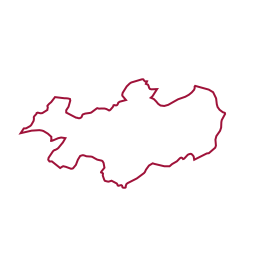 outline of Overijssel, rotated 324°
{"feature_id": "NLD-899", "entity_name": "Overijssel", "entity_type": "Province", "adm_level": 1, "iso_a3": "NLD", "parent_name": "Netherlands", "parent_adm1": "", "projection": "natural_earth1", "projection_center": [6.317, 52.481], "detail": "fine", "context": "isolated", "style": "outline", "palette": "rose", "viewbox_px": 256, "rotation_deg": 324, "n_neighbors": 0, "source": "natural_earth", "source_scale": "10m", "svg_char_len": 2870}
<svg xmlns="http://www.w3.org/2000/svg" viewBox="0 0 256 256"><g transform="rotate(324 128 128)"><path d="M170.9,101.4L168.4,102.8L169.6,104.7L169.3,106.3L168.7,107.8L168.7,109.3L169.7,110.5L174.4,113.6L166.5,116.7L164.2,116.9L165.9,119.7L166.4,123.0L166.6,126.2L167.5,128.9L170.3,131.5L174.1,132.9L185.4,134.2L192.7,136.4L196.8,136.9L200.5,136.7L204.0,135.9L205.4,134.9L206.2,133.7L207.1,133.4L215.9,144.4L217.9,149.1L216.7,155.8L213.8,161.0L212.8,163.7L212.8,167.1L214.0,171.0L214.9,172.2L215.2,172.7L214.8,173.7L208.5,176.7L207.0,178.1L203.6,182.4L200.8,184.4L194.7,186.5L191.9,188.8L188.8,193.9L187.0,195.2L178.6,195.9L176.8,194.9L162.9,192.6L164.3,189.8L164.4,188.8L164.2,187.0L164.0,186.3L163.6,185.8L163.1,185.5L161.7,185.0L160.6,184.8L155.5,185.8L154.9,185.7L154.3,185.5L154.3,184.9L154.2,184.1L153.7,183.3L152.9,183.0L152.0,183.0L148.0,183.7L142.5,183.1L139.1,183.4L134.9,180.3L128.2,172.5L128.0,172.2L127.2,171.1L122.9,170.7L118.0,172.3L115.9,173.5L114.5,173.9L105.5,174.0L95.5,172.4L94.1,172.4L93.7,172.5L92.3,173.4L91.3,174.6L91.0,174.7L90.5,174.6L89.3,173.7L88.9,173.3L88.7,172.9L88.7,172.6L88.8,172.4L89.3,171.2L89.0,170.3L88.3,169.9L86.7,169.3L86.2,169.0L85.9,168.4L86.2,167.8L86.3,166.3L83.7,161.0L80.8,160.0L80.0,159.3L78.6,157.6L78.2,157.0L78.4,155.7L79.6,151.7L81.0,150.1L80.9,149.4L80.1,148.1L80.4,147.8L80.9,147.6L85.6,146.3L87.7,141.9L87.9,139.9L87.7,139.3L87.4,138.8L84.5,135.5L83.4,133.2L82.1,130.3L81.2,129.3L80.2,128.5L77.7,126.4L76.6,124.7L75.6,123.5L74.7,123.1L72.9,122.5L68.8,124.2L64.2,127.2L59.9,128.3L58.8,128.0L57.9,127.4L54.9,122.9L53.1,120.8L51.6,120.6L49.6,120.5L46.8,110.3L44.8,108.9L44.8,106.8L46.3,105.4L53.7,102.7L55.5,102.6L56.3,103.0L58.7,103.3L60.0,103.2L66.9,101.4L71.4,99.4L68.3,96.4L65.5,95.2L59.8,93.9L58.6,93.5L58.2,93.2L58.4,92.9L59.5,92.1L60.0,91.0L60.8,90.1L59.8,85.4L57.8,80.7L56.8,79.4L55.1,77.7L48.5,73.5L38.1,69.1L43.4,67.1L45.1,68.2L45.6,68.4L49.6,68.9L50.4,68.9L51.5,68.7L55.7,66.8L56.4,66.2L57.1,65.5L57.6,64.8L57.9,64.2L58.4,63.7L59.1,63.4L62.0,62.8L62.5,62.6L62.9,62.2L63.3,62.3L64.0,62.5L65.7,64.5L67.0,65.4L67.7,65.6L73.3,66.0L75.3,64.1L75.4,63.8L75.6,63.1L75.7,62.8L76.0,62.6L78.3,62.1L81.1,61.9L87.1,60.1L94.2,66.7L95.3,67.5L96.8,68.8L98.1,70.4L97.4,71.9L92.3,75.9L88.5,77.3L87.1,79.2L92.1,89.2L92.7,89.6L93.7,91.0L94.1,91.3L94.7,91.7L95.8,91.9L96.7,91.9L97.8,91.3L98.6,90.7L99.6,90.5L101.9,91.2L106.2,93.5L107.4,93.9L114.3,93.8L114.8,93.9L115.9,95.3L118.1,96.7L120.6,98.6L121.7,100.0L122.9,102.4L123.0,102.7L123.6,102.9L124.5,102.9L127.9,102.1L128.9,101.7L129.6,101.1L130.0,101.2L130.4,101.4L131.1,102.2L131.6,102.7L132.4,103.0L133.2,102.9L134.4,102.3L135.0,101.8L136.0,101.8L136.9,101.9L142.8,104.2L142.4,98.7L142.7,97.9L144.4,96.4L151.4,93.6L155.5,93.0L157.4,93.1L167.6,96.7L168.5,97.2L169.0,97.7L168.9,99.1L169.3,100.6L170.8,101.3L170.9,101.4Z" fill="none" stroke="#9f1239" stroke-width="2"/></g></svg>